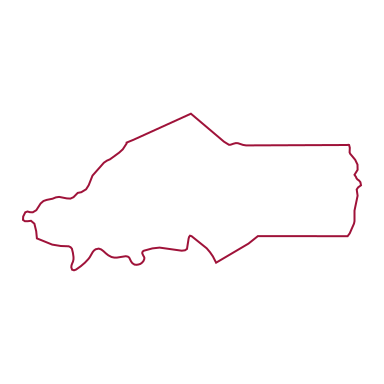 map outline of Rumphi (Mercator projection)
{"feature_id": "MWI-1903", "entity_name": "Rumphi", "entity_type": "District", "adm_level": 1, "iso_a3": "MWI", "parent_name": "Malawi", "parent_adm1": "", "projection": "mercator", "projection_center": [33.827, -10.78], "detail": "fine", "context": "isolated", "style": "outline", "palette": "rose", "viewbox_px": 384, "rotation_deg": 0, "n_neighbors": 0, "source": "natural_earth", "source_scale": "10m", "svg_char_len": 1696}
<svg xmlns="http://www.w3.org/2000/svg" viewBox="0 0 384 384"><path d="M348.3,144.8L349.1,145.0L349.8,147.8L349.6,152.4L350.2,153.8L355.2,159.8L357.5,164.6L357.6,169.8L354.5,174.8L356.0,177.0L356.4,178.1L357.4,179.4L359.0,180.5L360.4,182.2L361.0,185.3L358.1,187.4L356.7,189.5L357.6,195.7L354.5,210.6L354.5,221.2L354.0,223.6L349.7,233.4L347.6,236.2L346.4,236.2L257.9,236.1L248.5,243.6L216.1,262.7L212.9,256.4L210.0,252.2L206.7,248.3L191.6,236.2L190.0,235.7L189.1,236.9L188.6,238.6L187.0,248.9L185.0,250.3L181.7,250.7L159.6,247.6L152.4,248.4L143.9,250.7L142.7,251.5L142.2,253.0L142.7,254.4L143.4,255.8L144.0,256.8L144.4,257.9L144.2,259.3L143.4,261.1L142.0,262.7L140.4,263.9L138.5,264.5L136.6,264.8L134.5,264.6L132.4,263.2L131.1,261.5L129.2,257.6L127.8,256.6L125.8,256.2L116.9,257.6L114.3,257.6L111.5,257.0L108.3,255.3L105.9,253.4L103.4,251.1L101.1,249.4L98.7,248.6L95.6,249.3L93.9,250.6L92.7,252.1L89.7,257.3L88.4,259.0L84.9,262.7L80.8,266.2L76.0,269.6L74.0,270.3L72.1,269.7L71.3,267.3L71.5,265.4L72.2,263.4L73.0,261.6L73.5,259.3L73.5,257.0L72.9,252.8L71.9,248.7L70.6,247.2L68.7,246.3L60.8,246.0L52.2,244.6L41.4,240.2L36.9,238.4L36.2,231.2L34.4,223.7L31.0,220.8L27.8,221.2L24.9,221.2L23.0,219.9L23.2,216.5L25.3,212.3L27.5,211.5L29.9,212.2L32.8,212.3L36.3,210.2L40.6,203.5L43.5,201.0L46.7,199.9L52.6,198.7L55.8,197.4L59.1,196.9L66.8,198.4L70.4,198.6L73.5,197.2L77.7,192.9L81.3,192.2L86.1,189.3L88.7,185.2L92.5,175.6L103.9,162.7L107.0,160.6L110.0,159.3L119.2,152.6L122.8,149.3L126.6,143.5L126.6,142.6L133.2,139.9L190.9,113.7L224.0,141.7L229.0,144.8L230.6,144.7L233.5,143.7L235.8,143.1L237.9,143.2L243.0,144.9L246.1,145.4L347.3,145.0L348.3,144.8Z" fill="none" stroke="#9f1239" stroke-width="2"/></svg>